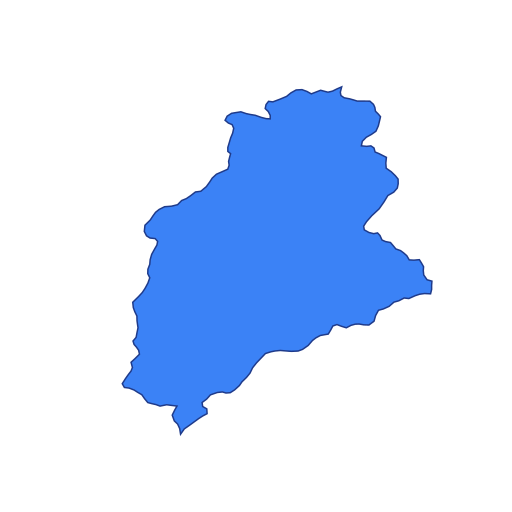 Monte Belo, Minas Gerais, Brazil, rotated 235°
{"feature_id": "56859067B81338471548268", "entity_name": "Monte Belo", "entity_type": "district", "adm_level": 2, "iso_a3": "BRA", "parent_name": "Brazil", "parent_adm1": "Minas Gerais", "projection": "equal_earth", "projection_center": [-46.327, -21.306], "detail": "fine", "context": "isolated", "style": "filled", "palette": "blue", "viewbox_px": 512, "rotation_deg": 235, "n_neighbors": 0, "source": "geoboundaries", "source_scale": "gbopen_adm2", "svg_char_len": 3086}
<svg xmlns="http://www.w3.org/2000/svg" viewBox="0 0 512 512"><g transform="rotate(235 256 256)"><path d="M228.1,73.2L223.8,72.8L220.6,76.3L216.1,79.3L212.4,80.8L207.9,82.9L202.8,82.9L198.0,83.3L194.9,85.9L191.7,88.8L188.1,91.3L185.4,97.5L181.9,101.3L178.4,105.2L176.4,101.0L173.7,96.1L167.8,94.5L163.3,95.4L158.4,94.5L153.3,92.0L155.5,98.1L155.5,105.0L155.6,110.2L155.7,116.1L155.5,120.8L154.9,125.5L159.0,128.0L163.3,126.0L166.9,127.8L167.1,133.5L168.4,139.0L166.4,146.0L163.9,150.5L161.0,152.8L158.8,156.5L158.6,161.7L159.4,168.1L161.0,172.4L162.0,178.6L163.5,183.9L166.4,189.1L168.2,195.2L169.5,201.7L170.7,207.8L169.0,213.2L167.3,217.1L164.7,221.7L160.8,226.4L157.6,230.3L154.0,236.0L152.8,240.6L152.8,247.4L154.4,253.8L154.6,258.1L154.0,263.1L152.4,266.6L150.6,270.4L152.5,274.7L154.6,278.8L153.4,283.0L149.4,285.7L145.4,288.8L144.7,294.1L143.2,298.3L141.1,301.5L137.8,304.8L134.7,308.9L134.9,315.3L138.6,319.8L141.3,325.2L139.6,329.9L138.4,336.2L139.1,342.5L137.4,347.3L136.6,353.3L133.5,356.8L132.2,363.6L130.8,368.2L128.6,372.5L124.9,377.3L127.9,380.7L131.2,383.0L134.5,385.7L138.4,382.5L144.2,382.5L148.0,384.6L151.1,387.1L155.2,387.5L159.3,387.7L162.0,383.0L164.9,379.3L169.8,379.7L173.9,378.7L177.5,377.5L181.6,374.6L185.6,374.3L189.9,373.9L193.5,370.4L196.8,368.4L201.7,369.3L205.2,368.8L206.8,365.2L210.5,362.0L215.3,359.7L218.7,361.3L220.7,366.1L222.6,373.9L224.0,383.9L226.9,391.9L229.9,398.7L229.3,405.5L230.6,410.7L233.6,413.9L237.5,416.5L241.8,416.2L247.5,415.1L253.2,413.0L257.6,415.6L262.0,419.4L266.3,417.1L269.3,415.5L272.9,413.2L276.8,414.6L280.3,413.3L282.3,409.6L285.8,405.5L289.0,408.9L290.0,414.4L289.4,420.6L289.4,425.8L292.4,430.8L296.0,434.9L298.7,437.9L302.1,437.6L306.1,436.9L309.6,438.6L312.9,439.2L317.5,438.1L321.6,432.4L324.8,427.8L327.8,425.5L331.1,422.8L335.0,419.0L338.7,417.6L341.8,419.0L345.4,423.2L346.4,418.4L347.2,413.2L348.9,408.9L351.6,406.6L354.7,404.0L355.9,399.2L357.1,394.3L361.6,392.1L365.9,389.1L369.0,384.1L369.6,378.2L369.2,372.6L370.7,365.6L372.6,358.2L375.5,355.0L374.3,351.1L371.5,348.1L367.3,348.9L363.0,348.3L360.2,346.3L362.7,343.1L366.4,339.9L371.7,336.1L375.3,332.4L378.2,329.7L382.8,326.3L385.3,321.2L386.9,317.8L387.1,312.6L384.9,308.5L380.8,309.6L377.3,311.8L373.4,311.0L370.0,307.3L367.3,303.0L364.1,299.0L361.1,295.2L357.8,292.9L354.4,293.9L352.0,291.0L349.2,287.8L345.8,286.1L343.3,282.7L344.4,277.0L345.7,270.5L344.9,264.8L343.2,260.6L341.3,255.1L340.7,247.9L343.2,243.1L342.9,236.9L343.0,231.7L344.1,226.9L343.0,221.2L345.3,215.3L348.8,209.4L349.7,203.4L349.4,198.8L348.0,194.7L346.1,189.9L344.9,182.7L340.2,178.6L335.3,177.9L331.5,179.5L328.1,183.4L324.4,183.8L321.8,181.1L319.8,176.8L317.2,171.5L313.7,167.2L310.1,164.2L307.2,159.9L303.6,157.2L299.1,156.5L295.8,151.9L293.1,146.5L291.3,141.9L290.1,136.4L288.8,128.5L284.1,125.9L280.0,124.8L275.1,124.0L271.2,121.4L268.1,119.8L264.9,118.2L261.6,114.7L258.1,111.1L256.9,106.5L253.5,105.4L250.0,105.8L246.1,105.8L242.4,104.2L241.3,97.9L240.6,92.7L235.5,90.8L233.4,87.6L232.1,83.4L230.4,78.7L228.1,73.2Z" fill="#3b82f6" stroke="#1e3a8a" stroke-width="1.5"/></g></svg>